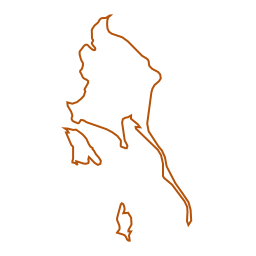 map outline of Trat (Mercator projection)
{"feature_id": "THA-435", "entity_name": "Trat", "entity_type": "Province", "adm_level": 1, "iso_a3": "THA", "parent_name": "Thailand", "parent_adm1": "", "projection": "mercator", "projection_center": [102.484, 12.155], "detail": "fine", "context": "isolated", "style": "outline", "palette": "amber", "viewbox_px": 256, "rotation_deg": 0, "n_neighbors": 0, "source": "natural_earth", "source_scale": "10m", "svg_char_len": 2740}
<svg xmlns="http://www.w3.org/2000/svg" viewBox="0 0 256 256"><path d="M160.7,149.1L161.9,150.5L164.9,157.1L166.7,166.5L175.3,183.1L183.1,194.2L188.5,202.2L190.6,209.8L191.2,220.6L188.4,225.0L187.0,221.1L187.5,211.3L187.1,206.8L184.6,201.4L172.0,184.6L164.2,178.1L163.0,176.1L163.0,163.8L161.1,155.3L157.9,149.9L135.9,128.6L135.6,126.9L140.0,127.3L137.7,124.2L130.9,118.7L131.1,116.7L131.1,115.4L128.0,117.2L125.2,117.8L122.9,119.1L122.1,122.6L124.7,140.3L127.0,144.8L127.4,146.1L126.7,148.2L125.2,148.2L123.2,147.3L121.4,146.8L120.7,145.9L120.9,141.8L120.8,140.3L117.4,136.0L112.2,132.2L106.5,129.2L86.5,122.2L83.5,120.3L80.9,120.0L78.7,123.2L77.6,123.2L73.4,121.4L72.4,120.6L71.6,119.0L71.8,117.6L72.2,116.3L72.4,115.4L71.1,111.6L67.7,105.9L67.3,102.4L72.3,103.7L77.0,102.1L80.9,99.0L83.8,95.9L85.3,91.5L84.5,89.3L88.0,83.2L88.2,81.1L87.3,80.2L86.3,79.6L84.4,78.7L83.4,78.0L82.9,77.4L82.4,76.5L81.1,73.5L80.2,72.1L80.1,71.3L80.3,70.6L81.1,69.8L81.8,69.0L82.3,67.9L82.9,65.5L83.0,64.2L82.9,63.2L82.8,62.7L82.5,62.3L82.2,61.9L81.6,60.8L80.9,59.1L79.7,54.9L79.6,52.8L79.7,51.5L82.8,47.5L83.1,47.0L83.9,46.0L84.8,45.2L85.4,44.9L86.0,44.7L86.7,44.7L87.3,44.9L87.8,45.2L88.3,45.7L89.0,46.6L91.8,49.1L92.9,49.8L93.6,50.0L94.3,50.1L95.1,49.8L95.3,49.1L95.2,48.4L95.0,47.8L92.9,45.3L92.1,44.1L91.8,43.0L92.2,42.3L92.9,41.2L93.1,40.4L93.0,39.9L92.6,39.5L92.2,38.8L92.0,37.7L91.8,30.7L91.9,29.6L92.3,28.8L94.4,25.7L98.1,22.5L99.6,19.8L100.1,19.3L100.6,18.8L101.1,18.5L101.7,18.2L103.3,18.0L104.9,18.0L105.5,17.9L106.2,17.8L109.4,15.7L110.4,15.4L110.5,15.4L108.2,17.4L107.3,20.4L107.1,24.4L107.5,28.5L108.9,31.6L110.6,32.9L111.7,33.7L122.3,37.3L127.9,41.4L142.1,55.8L146.7,58.6L148.0,59.8L148.7,61.4L149.0,64.6L149.5,66.1L152.1,68.8L158.1,72.0L160.2,74.5L160.5,76.6L160.8,78.3L159.2,81.0L154.4,85.2L152.4,88.8L151.4,92.4L147.2,123.6L148.6,131.2L158.2,146.0L160.7,149.1ZM92.7,149.4L94.0,150.7L95.9,154.2L98.8,157.5L100.8,160.7L100.4,163.8L97.9,164.9L94.8,163.0L88.9,157.0L88.3,159.3L88.7,161.5L88.3,163.1L85.7,163.8L83.3,163.5L76.2,161.2L76.2,162.4L76.7,163.0L77.6,165.0L76.4,164.0L75.3,163.3L74.1,162.8L72.4,162.4L72.4,161.2L73.1,158.6L73.1,146.8L71.3,144.9L66.0,132.5L68.6,132.5L67.8,131.1L67.0,130.1L66.0,129.2L64.8,128.4L67.9,128.6L72.9,129.9L76.2,129.7L82.1,134.0L84.4,136.4L86.5,139.0L88.7,143.9L90.3,146.5L92.7,148.2L92.7,149.4ZM123.3,213.2L128.1,212.8L131.1,217.6L131.5,224.5L128.4,230.1L128.4,231.4L131.1,231.4L129.5,234.0L129.0,235.8L129.7,240.6L128.4,240.6L127.2,239.6L125.7,236.5L124.7,235.3L123.0,234.5L117.0,232.7L118.5,230.7L119.3,229.7L119.6,228.7L119.5,226.4L119.0,224.6L117.2,220.3L117.0,218.5L120.7,204.7L121.7,203.3L123.3,204.2L124.1,206.3L124.6,208.4L124.4,210.7L123.3,213.2Z" fill="none" stroke="#b45309" stroke-width="2"/></svg>